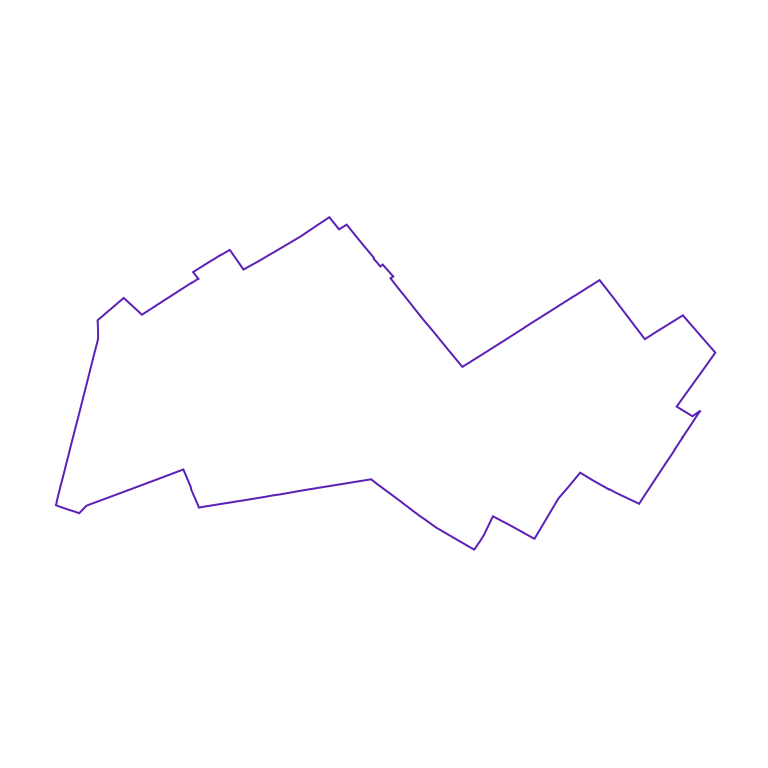 outline of Glodeanu-Silistea, Buzau, Romania, rotated 358°
{"feature_id": "2599482B12439235615588", "entity_name": "Glodeanu-Silistea", "entity_type": "district", "adm_level": 2, "iso_a3": "ROU", "parent_name": "Romania", "parent_adm1": "Buzau", "projection": "robinson", "projection_center": [26.776, 44.841], "detail": "fine", "context": "isolated", "style": "outline", "palette": "violet", "viewbox_px": 768, "rotation_deg": 358, "n_neighbors": 0, "source": "geoboundaries", "source_scale": "gbopen_adm2", "svg_char_len": 3891}
<svg xmlns="http://www.w3.org/2000/svg" viewBox="0 0 768 768"><g transform="rotate(358 384 384)"><path d="M74.9,502.5L81.5,496.1L82.3,495.3L86.9,493.7L93.4,491.6L94.6,491.2L103.2,488.3L114.7,484.5L135.6,477.5L154.5,471.2L162.2,468.6L170.1,465.9L180.5,462.4L187.3,480.2L187.6,482.5L187.9,483.4L191.2,491.8L193.7,498.2L194.1,499.3L194.7,500.9L194.7,501.0L197.8,500.6L199.0,500.4L206.4,499.5L215.0,498.4L216.8,498.2L221.8,497.6L226.1,497.1L232.7,496.2L237.2,495.7L245.8,494.6L250.5,494.0L259.0,492.9L262.0,492.5L268.6,491.5L269.5,491.4L274.7,490.9L285.0,489.5L296.0,487.9L313.9,485.6L342.5,482.0L355.1,480.4L367.8,478.8L371.6,482.0L373.1,483.3L383.8,491.8L384.0,491.9L392.6,498.8L395.4,501.0L397.3,502.5L399.4,504.4L403.3,507.5L408.1,511.5L412.6,515.1L416.4,518.1L419.5,520.3L422.6,522.7L423.3,523.2L426.1,525.4L428.5,527.4L429.4,528.0L431.6,529.6L432.0,529.9L462.4,549.0L467.1,551.9L467.9,552.2L468.4,552.6L469.7,550.9L473.8,545.3L475.3,543.3L478.3,538.8L478.7,538.2L486.2,523.9L486.6,523.1L488.3,520.0L489.1,520.5L497.8,525.5L500.0,526.7L500.2,526.8L502.6,528.2L508.4,531.6L518.8,537.9L528.8,543.9L529.0,543.9L539.0,528.4L547.7,514.8L554.1,504.8L555.5,503.2L560.1,498.3L564.2,493.9L568.3,489.2L570.3,487.0L573.9,482.9L576.9,479.5L577.5,479.9L577.9,480.1L586.5,485.7L588.4,487.0L596.1,491.7L601.9,495.2L604.2,496.7L604.9,497.2L605.3,496.9L606.4,497.6L606.9,497.8L610.6,500.0L616.4,503.1L620.9,505.4L634.8,512.6L641.3,503.3L647.9,494.1L652.8,487.1L659.2,478.2L662.9,472.9L668.9,464.7L672.1,460.1L672.4,459.7L672.2,459.5L672.6,459.0L675.6,454.9L679.3,449.6L680.7,447.7L680.4,447.4L681.4,446.4L682.6,444.9L685.3,441.1L689.9,434.7L694.1,428.7L698.2,423.0L698.9,422.5L698.6,422.1L691.2,427.0L675.7,416.8L680.0,411.2L693.9,393.2L699.6,385.9L706.3,377.2L716.2,364.2L707.1,353.0L697.2,340.8L693.1,335.7L690.9,333.1L689.5,331.3L688.3,329.8L687.1,328.3L686.9,328.0L685.8,326.7L685.5,326.4L685.1,325.8L678.9,329.4L672.6,333.0L670.5,334.2L664.2,337.8L657.9,341.4L646.3,348.3L642.8,343.4L636.5,334.6L635.7,333.4L631.5,327.4L624.6,317.7L616.8,306.6L611.3,299.0L603.1,287.7L601.0,288.9L597.1,291.2L593.1,293.5L592.1,294.0L588.7,296.1L579.8,301.3L575.3,303.8L563.8,310.5L553.5,316.6L543.5,322.4L528.6,331.1L525.1,333.3L523.6,334.2L520.3,336.1L515.6,338.9L508.8,342.9L506.5,344.3L501.5,347.2L496.5,350.1L481.7,358.8L474.0,363.2L470.8,365.1L462.9,369.6L449.4,352.1L435.6,333.9L430.7,327.6L427.2,323.3L426.9,322.9L418.3,311.3L410.7,301.0L410.6,300.7L409.9,299.9L408.1,297.4L404.0,292.1L398.7,284.8L394.2,278.6L397.0,276.9L386.9,264.6L384.4,266.4L380.5,261.4L378.0,258.4L378.3,257.5L367.9,244.2L357.8,230.8L353.3,224.8L352.4,223.6L352.2,223.4L349.9,224.8L344.5,227.9L344.2,227.6L343.2,226.2L335.2,215.4L323.3,222.7L315.1,227.8L306.0,233.5L277.6,249.0L272.6,251.6L269.0,253.6L266.8,254.8L263.9,256.4L249.3,263.8L247.6,264.7L246.2,262.6L242.9,257.4L240.0,253.0L236.7,247.9L235.3,245.7L234.5,244.6L225.2,249.6L225.1,249.4L223.0,250.6L218.5,253.2L214.5,255.4L210.0,258.0L197.1,265.5L201.0,270.9L202.2,272.4L201.6,272.7L200.5,273.2L197.7,274.9L194.9,276.5L194.8,276.3L191.7,278.2L190.6,278.8L189.3,279.6L187.3,280.8L185.6,281.8L184.0,282.7L178.5,286.0L171.7,290.1L168.9,291.7L168.3,292.0L162.8,295.4L159.3,297.4L159.3,297.5L153.4,301.0L144.5,306.3L126.9,288.9L109.4,302.8L100.8,309.7L100.7,309.8L100.0,310.3L100.1,317.4L99.9,327.8L99.6,329.6L99.1,331.7L98.2,334.6L97.3,337.5L96.4,340.6L95.0,345.3L93.5,350.5L92.3,354.6L91.0,359.1L88.2,368.8L87.5,371.4L86.3,375.4L83.7,384.2L80.3,396.0L78.9,400.8L77.3,406.3L75.6,411.9L75.4,412.5L68.5,436.0L65.8,445.6L64.7,449.2L63.8,452.2L62.8,455.6L62.2,457.8L61.7,459.6L60.2,464.6L58.6,470.0L57.1,475.0L54.9,482.7L53.8,486.6L52.9,489.6L52.7,490.4L52.8,490.8L52.3,492.5L51.8,493.6L53.5,494.4L55.2,495.1L59.3,496.7L61.5,497.6L62.2,497.8L63.6,498.3L66.2,499.3L66.9,499.5L67.5,499.7L72.1,501.4L72.3,501.5L74.1,502.2L74.9,502.5Z" fill="none" stroke="#5b21b6" stroke-width="2"/></g></svg>